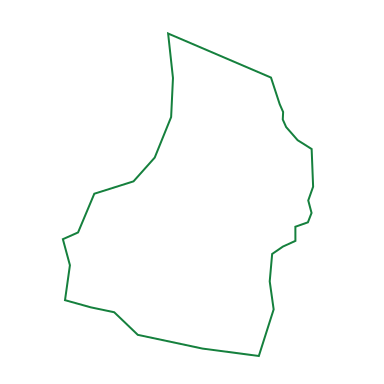 an SVG outline of Serere, rotated 278°
{"feature_id": "UGA-5596", "entity_name": "Serere", "entity_type": "District", "adm_level": 1, "iso_a3": "UGA", "parent_name": "Uganda", "parent_adm1": "", "projection": "mercator", "projection_center": [33.439, 1.516], "detail": "fine", "context": "isolated", "style": "outline", "palette": "green", "viewbox_px": 384, "rotation_deg": 278, "n_neighbors": 0, "source": "natural_earth", "source_scale": "10m", "svg_char_len": 550}
<svg xmlns="http://www.w3.org/2000/svg" viewBox="0 0 384 384"><g transform="rotate(278 192 192)"><path d="M158.0,301.2L150.6,289.6L141.8,280.0L114.3,281.4L87.1,289.2L38.9,281.0L38.4,224.2L43.0,158.2L62.1,131.7L63.7,107.8L67.2,81.3L102.5,81.3L127.3,70.7L136.1,84.8L176.7,95.5L194.4,132.6L220.9,150.3L263.3,160.9L302.2,157.3L345.6,146.3L316.3,254.3L291.2,266.6L283.9,271.1L276.4,271.8L269.4,276.2L258.0,289.4L251.2,304.5L214.1,311.2L199.8,308.3L187.9,313.3L178.1,311.0L172.0,299.2L158.0,301.2Z" fill="none" stroke="#15803d" stroke-width="2"/></g></svg>